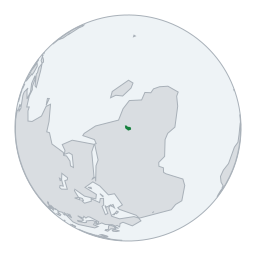 Shinyanga on an orthographic globe, rotated 212°
{"feature_id": "TZA-3358", "entity_name": "Shinyanga", "entity_type": "Region", "adm_level": 1, "iso_a3": "TZA", "parent_name": "United Republic of Tanzania", "parent_adm1": "", "projection": "orthographic", "projection_center": [32.976, -3.814], "detail": "medium", "context": "on_globe", "style": "filled", "palette": "green", "viewbox_px": 256, "rotation_deg": 212, "n_neighbors": 0, "source": "natural_earth", "source_scale": "10m", "svg_char_len": 6774}
<svg xmlns="http://www.w3.org/2000/svg" viewBox="0 0 256 256"><g transform="rotate(212 128 128)"><circle cx="128" cy="128" r="113" fill="#eef3f6" stroke="#a8b0b8"/><path d="M15.9,116.6L16.2,119.0L16.3,123.7L16.0,126.7L16.6,127.4L16.6,129.3L20.4,131.4L23.9,135.9L24.8,142.8L23.9,151.1L27.6,168.1L27.2,174.2L30.2,181.0L35.2,191.1L34.5,190.9L37.9,195.5L40.2,198.5L40.3,198.7L35.5,192.3L31.2,185.6L27.3,178.6L24.0,171.3L21.2,163.8L18.9,156.2L17.2,148.4L16.1,140.5L15.5,132.5L15.4,124.5L15.9,116.6ZM58.6,216.7L57.3,215.6L58.0,216.1L59.0,217.0L58.6,216.7ZM214.1,55.3L215.0,56.5L217.2,59.2L217.3,59.3L219.3,62.0L220.2,63.3L221.9,65.8L227.8,75.7L231.1,83.6L230.5,85.5L231.1,87.4L229.3,84.7L229.3,87.9L234.5,100.2L235.1,103.5L234.0,108.9L233.6,106.4L229.0,99.1L229.8,107.0L233.3,114.6L234.6,123.1L232.6,119.8L231.1,112.5L229.4,109.7L228.7,102.7L225.0,92.2L222.9,93.5L221.9,89.5L216.5,80.9L212.8,82.7L207.7,92.3L208.9,102.8L206.3,107.1L198.4,91.6L194.9,81.7L192.1,82.4L184.0,74.1L169.9,73.0L168.0,70.6L165.3,71.7L159.7,69.2L156.7,65.4L153.3,65.6L161.2,75.8L164.9,75.7L168.0,71.9L169.6,75.6L175.0,79.1L168.8,88.1L148.0,96.2L146.1,88.5L130.9,68.5L131.4,66.4L131.3,66.1L131.2,65.7L129.6,69.2L127.1,65.6L135.1,79.0L136.4,85.0L147.8,96.7L146.7,97.9L150.3,100.4L162.3,97.6L162.3,100.2L156.6,112.5L140.2,129.7L142.4,141.7L141.4,152.0L131.3,159.0L132.5,167.1L127.3,170.0L127.1,174.7L123.1,179.7L116.3,184.6L104.5,185.1L103.6,180.8L97.4,172.8L88.7,153.6L91.5,144.5L90.4,137.8L81.9,123.3L83.7,115.1L81.5,111.9L76.9,113.0L74.3,109.2L71.5,109.3L54.4,113.8L49.4,109.3L43.8,94.8L47.1,88.4L48.0,81.6L70.6,57.6L75.0,58.3L92.3,54.4L94.4,55.0L92.0,59.8L104.6,65.1L109.2,60.9L121.2,63.9L129.3,63.7L133.0,54.9L119.6,54.9L117.7,50.8L128.8,47.2L140.6,47.9L140.2,46.4L133.1,42.9L136.2,40.4L130.7,41.6L132.7,43.1L129.3,44.1L127.3,42.8L128.4,41.8L125.0,41.2L120.3,46.5L121.8,48.5L112.6,49.7L114.1,53.5L111.5,55.4L107.8,49.8L108.5,47.8L101.3,42.6L99.8,44.8L106.5,50.0L104.2,49.6L102.2,53.2L102.0,50.2L95.1,44.5L87.0,46.5L76.0,56.0L71.4,57.3L67.8,56.1L72.5,47.3L82.3,45.4L84.1,42.8L82.7,39.7L85.7,39.6L86.4,38.2L90.1,37.7L96.0,34.2L99.9,33.6L102.7,29.9L105.1,29.3L102.7,31.5L103.2,33.0L112.9,32.3L115.0,31.5L116.0,29.3L118.6,29.7L118.3,27.7L124.2,26.9L116.9,26.4L117.9,24.4L121.7,22.9L120.8,22.3L114.5,24.8L113.2,25.9L114.2,27.0L109.5,30.7L106.1,31.5L106.0,27.7L101.1,28.6L103.2,25.7L118.7,20.0L125.0,19.2L134.1,21.4L132.3,22.3L128.2,21.9L131.5,23.8L131.5,22.9L133.6,23.3L135.1,22.0L136.7,22.3L135.5,20.7L137.6,20.9L138.3,21.9L142.4,20.6L146.9,21.1L147.1,20.7L146.0,20.2L152.4,21.5L152.3,21.1L150.1,20.6L148.3,19.7L147.8,18.8L150.0,19.2L150.5,19.6L155.0,21.4L156.0,22.7L156.9,22.9L156.6,21.9L151.1,19.6L150.1,19.0L153.0,19.9L151.9,19.5L152.1,19.3L154.4,19.7L151.4,18.7L150.7,17.7L151.2,17.8L159.2,19.8L167.1,22.4L174.8,25.5L182.2,29.2L189.3,33.5L196.1,38.3L202.5,43.5L208.5,49.2L214.1,55.3ZM62.4,68.9L61.7,70.9L62.4,68.9ZM152.9,53.8L160.1,54.5L157.0,49.1L159.5,49.1L157.6,47.4L156.8,48.8L152.1,44.4L155.2,43.2L154.4,41.2L152.0,40.9L147.0,43.9L153.7,49.9L152.0,51.9L152.9,53.8ZM86.1,32.5L87.2,33.0L85.5,34.6L80.6,36.3L83.0,34.0L86.1,32.5ZM89.1,33.5L90.4,29.8L93.6,28.9L91.6,29.9L93.5,29.7L90.9,31.5L92.6,34.7L91.2,36.3L82.8,38.0L86.3,36.4L85.1,35.8L89.1,33.5ZM88.3,24.8L88.9,24.0L94.8,22.9L93.6,23.9L88.6,25.3L87.1,25.2L88.3,24.8ZM114.5,16.2L115.9,16.1L112.6,16.5L113.1,16.5L110.5,16.9L108.2,17.4L106.8,17.7L106.4,17.8L104.8,18.2L103.9,18.6L101.0,19.2L99.7,19.7L99.1,19.7L97.5,20.5L97.4,20.2L95.2,20.9L96.5,20.9L83.3,24.8L77.9,27.3L73.4,29.7L73.8,29.3L75.8,28.2L83.2,24.7L90.7,21.7L98.5,19.3L106.4,17.4L114.5,16.2ZM116.5,16.0L115.3,16.1L116.5,16.0ZM97.1,53.1L98.8,53.2L101.5,52.8L100.2,55.2L97.1,53.1ZM92.3,49.2L93.9,48.8L93.5,51.7L91.7,51.7L92.3,49.2ZM95.0,46.3L94.0,48.6L93.5,47.4L95.0,46.3ZM104.2,31.2L105.9,30.8L105.9,31.3L104.9,32.1L104.2,31.2ZM121.0,16.9L119.9,16.8L120.5,16.7L120.2,16.2L122.6,16.1L123.7,16.3L121.0,16.9ZM130.6,56.4L128.0,58.1L126.8,57.2L128.0,56.8L130.6,56.4ZM113.3,56.4L117.1,57.4L112.9,57.1L113.3,56.4ZM123.5,16.7L123.2,16.5L124.6,16.6L123.5,16.7ZM124.4,16.0L126.1,16.0L122.9,16.0L124.4,16.0ZM171.7,208.3L172.1,209.9L170.5,209.9L171.7,208.3ZM160.7,150.6L152.9,168.8L147.6,168.8L146.6,163.4L149.5,152.3L155.7,149.3L158.8,144.4L160.7,150.6ZM238.8,146.1L238.9,147.2L238.8,147.7L238.8,146.1ZM238.8,143.8L239.1,144.5L238.6,144.8L238.8,143.8ZM239.2,144.8L239.4,144.4L239.5,143.8L239.4,144.9L239.2,144.8ZM238.5,143.4L236.0,141.3L234.6,139.2L235.2,137.4L237.4,139.1L238.5,143.4ZM235.1,137.3L232.6,130.7L227.3,113.8L229.2,114.5L234.4,125.3L234.1,126.9L235.6,131.8L235.1,137.3ZM239.9,130.1L239.6,135.0L238.4,133.4L237.7,132.1L237.3,125.4L237.5,122.3L238.2,122.8L239.2,113.7L239.9,116.9L239.9,120.9L240.4,125.7L239.9,130.1ZM209.4,103.8L212.0,110.4L210.4,111.3L209.4,103.8ZM238.6,107.0L238.9,110.9L238.2,105.4L238.6,107.0ZM237.5,101.7L238.0,104.0L237.4,101.5L237.5,101.7ZM232.1,90.5L231.5,90.6L231.0,89.0L231.4,87.9L232.1,90.5ZM231.1,82.5L231.8,84.2L232.4,85.7L231.1,82.7L230.1,80.4L231.1,82.5ZM143.5,17.4L141.1,18.0L141.0,18.8L143.5,19.7L139.0,18.9L139.2,17.6L143.5,17.4ZM149.7,17.5L147.5,17.1L149.7,17.5ZM147.9,17.1L144.1,16.5L143.3,16.4L146.4,16.9L147.9,17.1ZM133.8,15.9L132.9,16.1L131.8,15.9L133.8,15.9ZM222.1,189.9L219.9,192.0L220.3,190.3L222.6,187.1L227.7,176.3L227.8,176.8L230.7,169.9L234.0,165.6L236.2,159.3L233.5,167.3L230.3,175.1L226.5,182.7L222.1,189.9ZM238.9,147.9L238.8,148.0L238.9,147.8L238.9,147.9ZM240.6,129.6L240.5,131.5L240.3,137.2L240.1,139.0L240.5,132.9L240.0,138.5L239.9,138.1L240.2,132.9L240.5,127.3L240.5,125.2L240.6,125.3L240.6,126.3L240.5,127.2L240.5,130.5L240.6,129.4L240.6,129.6ZM239.7,113.4L239.7,113.8L239.6,113.1L239.7,113.4ZM238.7,107.0L238.8,107.5L238.2,104.7L238.2,104.9L238.7,107.0ZM237.6,102.0L237.3,100.8L234.7,92.0L234.8,92.2L235.9,95.7L236.7,98.5L237.0,99.4L237.6,102.0Z" fill="#d9dde1" stroke="#a8b0b8" stroke-width="1"/><path d="M129.4,128.2L129.2,128.1L128.9,128.2L128.6,128.2L128.4,128.3L128.2,128.3L128.1,128.2L127.9,128.2L127.7,128.2L127.5,128.3L127.5,128.5L127.4,128.6L127.5,128.8L127.3,128.9L127.2,128.9L127.1,128.7L127.1,128.8L127.0,129.0L126.9,129.0L126.7,129.0L126.3,129.0L126.2,129.1L126.0,128.9L126.0,128.7L125.9,128.6L125.7,128.5L125.5,128.4L125.5,128.2L125.8,127.9L126.0,127.8L126.2,127.7L126.3,127.7L126.3,127.2L126.4,126.9L126.5,126.9L126.7,127.0L126.8,127.0L126.8,126.9L127.0,126.8L127.1,127.0L127.4,127.3L127.4,127.2L127.5,127.0L127.6,126.9L127.8,126.9L127.9,127.0L128.0,127.1L128.3,127.3L128.4,127.2L128.5,127.0L128.8,127.0L128.9,126.9L129.0,127.0L129.4,127.2L129.5,127.3L129.6,127.2L129.7,127.4L129.8,127.4L130.0,127.4L130.3,127.5L130.4,127.8L130.5,128.0L130.8,128.3L130.6,128.4L130.5,128.5L130.4,128.5L130.2,128.5L130.2,128.4L129.9,128.4L129.7,128.3L129.5,128.2L129.4,128.2Z" fill="#22c55e" stroke="#15803d" stroke-width="1.5"/></g></svg>